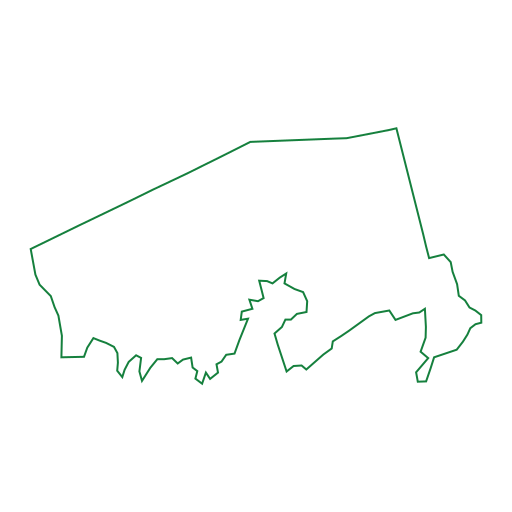 the district of Lagoa Nova, Rio Grande do Norte, Brazil
{"feature_id": "56859067B44462605645858", "entity_name": "Lagoa Nova", "entity_type": "district", "adm_level": 2, "iso_a3": "BRA", "parent_name": "Brazil", "parent_adm1": "Rio Grande do Norte", "projection": "equal_earth", "projection_center": [-36.511, -6.092], "detail": "fine", "context": "isolated", "style": "outline", "palette": "green", "viewbox_px": 512, "rotation_deg": 0, "n_neighbors": 0, "source": "geoboundaries", "source_scale": "gbopen_adm2", "svg_char_len": 1601}
<svg xmlns="http://www.w3.org/2000/svg" viewBox="0 0 512 512"><path d="M202.1,166.0L188.5,172.8L152.6,189.8L129.0,201.4L78.9,225.5L30.7,249.0L35.4,274.6L39.6,284.7L50.8,296.1L54.6,307.2L58.4,315.6L60.1,325.5L61.9,335.8L61.4,357.3L84.0,356.8L87.3,347.6L93.4,338.1L99.6,340.6L106.1,342.9L114.0,346.9L117.4,353.1L117.9,362.7L117.2,370.7L122.3,377.1L124.6,369.8L128.7,361.9L136.1,355.3L141.1,357.9L139.4,371.4L142.0,380.9L150.3,367.8L157.3,359.2L164.2,359.2L172.1,358.1L177.7,363.5L183.0,359.6L191.1,357.6L192.6,367.5L197.3,371.1L195.4,378.6L202.1,383.7L205.9,372.6L210.1,378.9L218.0,372.6L216.5,364.3L221.5,361.6L226.2,354.8L234.5,353.6L239.4,340.1L248.0,318.7L240.7,319.9L241.8,311.6L252.4,308.8L249.4,299.7L258.0,301.2L263.6,298.1L261.6,290.1L259.2,280.7L267.1,281.1L272.5,283.4L279.8,277.6L286.2,273.5L284.5,283.4L294.5,289.0L303.1,292.1L307.2,301.2L306.5,312.0L296.9,313.9L290.9,319.6L285.4,319.6L281.9,327.0L274.5,333.5L277.7,344.5L286.6,371.5L293.6,366.0L301.6,365.5L306.3,369.5L323.4,354.5L331.7,348.5L332.8,341.4L341.1,336.1L349.2,330.6L369.0,316.3L374.9,313.1L389.3,310.5L395.5,319.9L412.9,313.3L419.3,312.5L424.9,308.8L425.9,327.0L425.6,337.7L420.6,351.7L428.2,358.1L416.1,372.3L417.8,381.7L426.1,381.4L430.6,368.3L434.1,357.3L456.7,349.7L462.9,341.7L467.4,334.6L470.3,328.2L475.5,324.2L481.3,322.7L481.2,315.1L475.3,310.5L469.5,307.5L465.0,300.4L458.8,295.8L457.1,284.2L452.6,271.8L450.7,262.1L443.8,254.5L429.1,258.1L426.1,246.5L423.2,234.3L396.4,128.3L389.0,130.0L346.6,138.2L334.5,138.6L301.4,139.9L250.3,141.9L222.7,155.8L202.1,166.0Z" fill="none" stroke="#15803d" stroke-width="2"/></svg>